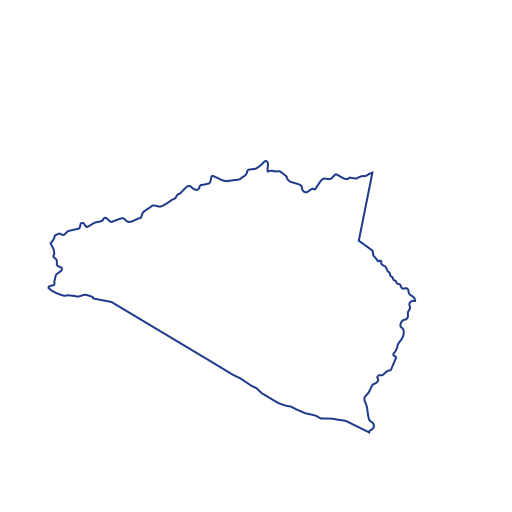 the district of San Marcos de Sierra, Intibucá, Honduras, rotated 209°
{"feature_id": "27666195B33277731304286", "entity_name": "San Marcos de Sierra", "entity_type": "district", "adm_level": 2, "iso_a3": "HND", "parent_name": "Honduras", "parent_adm1": "Intibucá", "projection": "mercator", "projection_center": [-88.248, 14.123], "detail": "fine", "context": "isolated", "style": "outline", "palette": "blue", "viewbox_px": 512, "rotation_deg": 209, "n_neighbors": 0, "source": "geoboundaries", "source_scale": "gbopen_adm2", "svg_char_len": 6049}
<svg xmlns="http://www.w3.org/2000/svg" viewBox="0 0 512 512"><g transform="rotate(209 256 256)"><path d="M421.9,127.4L421.3,127.4L420.1,127.0L418.4,126.7L413.0,126.7L408.6,127.3L405.2,128.0L404.2,128.4L403.2,129.0L402.3,129.9L400.0,131.1L396.0,132.8L392.1,134.1L390.5,135.5L388.1,138.2L387.3,138.9L386.2,139.4L384.4,140.0L381.7,140.6L379.2,140.9L378.6,140.8L377.6,140.0L360.2,145.7L238.8,141.7L218.6,140.9L210.2,141.4L197.5,140.3L191.5,140.6L184.6,138.8L165.5,138.2L158.6,139.2L152.4,141.2L146.9,141.4L136.8,142.3L129.5,144.5L126.3,145.3L120.6,145.3L111.5,150.2L97.6,155.3L71.5,156.6L71.8,157.5L71.8,158.3L71.4,159.3L70.7,160.1L70.3,161.2L70.1,162.3L70.1,163.2L70.2,163.8L70.4,164.4L70.8,165.0L71.6,165.8L72.6,166.5L73.7,166.8L75.3,166.9L76.2,167.1L77.4,167.6L78.4,168.3L80.5,170.7L83.7,175.0L85.8,177.7L88.0,179.8L90.7,181.9L91.3,182.5L92.0,183.6L92.4,184.8L92.4,186.2L91.6,189.3L91.3,191.8L91.4,194.4L91.7,198.2L91.6,199.5L91.4,200.3L91.0,201.1L89.7,202.7L89.3,203.5L88.9,204.5L88.8,205.6L88.8,206.4L89.3,207.2L89.7,207.7L90.7,208.3L91.1,208.7L91.3,209.4L91.2,210.0L90.9,210.8L90.4,211.4L89.8,211.8L88.4,212.5L87.5,213.4L87.0,214.6L86.2,217.2L85.7,218.4L84.7,219.8L83.2,221.1L82.9,221.6L82.8,222.2L84.2,234.9L84.6,235.4L85.2,235.7L85.8,235.8L86.7,235.6L87.4,235.7L88.0,236.2L88.3,236.9L88.3,238.2L87.8,240.0L87.8,241.2L88.0,243.1L88.7,246.0L89.0,247.9L88.9,250.0L88.4,252.9L88.3,254.6L88.4,256.7L88.8,258.6L89.2,259.7L89.8,260.9L91.2,262.8L91.7,263.3L92.4,263.6L93.1,263.8L94.4,264.0L95.3,264.4L95.8,264.9L96.2,265.6L96.5,266.3L96.7,267.2L96.8,269.2L96.5,270.5L95.8,271.7L94.5,272.9L94.0,273.5L93.6,274.5L93.6,275.6L93.7,276.5L94.0,277.3L95.3,279.2L95.8,280.4L96.0,281.6L95.8,284.0L96.0,285.1L96.6,286.2L97.8,287.2L98.3,287.8L98.7,288.7L98.8,289.7L98.5,291.0L98.2,291.6L97.7,292.2L96.4,293.2L95.1,293.8L96.5,295.5L97.2,296.0L97.9,296.3L99.3,296.6L100.9,296.6L102.0,296.7L103.0,296.9L103.8,297.3L104.9,298.2L105.7,299.5L106.2,300.0L106.8,300.4L107.5,300.7L108.3,300.8L109.2,300.6L109.8,300.2L110.5,299.4L111.0,299.0L111.8,298.7L112.5,298.6L113.1,298.8L113.8,299.1L114.4,299.5L115.2,300.3L116.0,300.8L117.2,300.8L118.6,300.4L119.3,300.4L120.0,300.6L121.0,301.5L121.7,301.9L122.3,301.9L123.4,301.7L124.1,301.8L124.7,302.1L125.5,303.0L126.1,303.4L126.8,303.6L128.2,303.7L128.9,304.0L129.5,304.5L130.2,305.4L130.9,305.9L131.6,306.2L133.1,306.5L134.2,307.0L134.9,307.5L136.2,308.6L137.3,309.3L138.5,309.6L140.9,309.4L142.3,309.9L143.0,310.4L143.7,311.7L144.3,312.2L144.8,312.3L145.3,312.1L145.7,311.8L145.9,311.1L146.1,310.9L146.4,310.7L146.8,310.6L147.7,310.9L149.5,311.9L152.9,313.0L153.5,313.3L156.7,317.2L173.5,319.2L194.6,385.3L196.9,382.6L197.9,380.6L198.5,379.6L199.4,378.8L201.2,377.8L202.4,376.9L204.7,374.2L205.4,372.8L205.7,372.4L206.2,372.2L212.1,369.9L212.5,369.4L212.7,368.6L212.9,368.2L213.1,367.8L213.6,367.5L215.0,366.8L216.5,366.4L225.0,366.4L225.5,366.3L225.9,366.0L226.4,365.1L227.2,361.9L227.7,360.3L228.1,359.6L229.0,358.9L230.4,358.1L231.3,357.8L232.6,357.5L233.3,357.1L234.4,356.3L235.0,355.5L235.4,354.6L235.9,352.3L236.6,343.2L236.8,342.9L237.2,342.6L238.0,342.4L239.0,342.4L239.3,342.1L240.4,340.6L241.4,338.2L242.2,336.9L242.8,336.2L243.6,335.7L244.3,335.5L245.0,335.5L245.7,335.6L246.6,336.0L247.6,336.5L248.2,337.0L248.7,337.6L249.2,338.4L249.7,338.9L250.3,339.2L251.2,339.4L252.1,339.5L253.1,339.5L260.9,337.8L262.0,337.6L262.5,337.6L264.8,338.1L266.2,338.7L267.0,339.2L267.7,340.4L268.1,340.4L274.5,341.5L275.8,341.6L276.3,341.6L276.9,341.3L280.5,339.1L282.2,338.7L283.9,338.0L284.5,337.6L285.7,336.5L286.4,335.8L286.7,335.6L287.0,335.8L287.8,337.1L288.3,338.1L289.3,340.7L289.9,341.8L290.5,342.7L291.1,343.3L291.9,343.8L292.7,344.0L293.4,343.9L294.0,343.4L294.4,342.6L294.8,341.4L295.3,339.1L295.8,337.8L297.0,335.0L298.4,332.4L298.9,331.9L304.2,328.0L304.5,327.7L304.7,327.0L304.7,326.0L304.6,325.2L304.2,323.7L304.4,321.8L304.8,320.6L306.4,317.7L307.1,315.7L307.5,315.1L309.3,313.6L314.8,309.6L317.0,307.9L317.8,307.3L319.1,306.8L321.0,306.2L322.7,305.8L324.6,305.7L327.6,305.6L332.3,305.2L333.0,304.9L333.3,304.4L333.4,303.8L333.1,302.6L332.4,300.5L332.1,299.1L332.0,297.9L332.2,297.0L332.5,296.4L334.1,295.0L337.2,292.3L338.3,291.6L338.7,291.2L338.9,290.5L339.1,289.7L339.0,289.2L338.7,288.2L338.6,287.4L338.9,286.3L339.3,285.6L339.8,285.1L340.7,284.7L341.5,284.6L343.2,284.4L344.8,284.6L347.0,285.2L347.5,285.2L348.7,284.7L349.7,283.8L350.2,282.8L350.7,281.3L352.7,273.9L353.0,273.3L353.9,272.6L354.2,272.0L354.4,271.2L354.6,269.7L354.5,267.9L354.8,267.0L356.6,264.6L359.5,258.7L361.5,255.4L363.0,253.4L363.6,252.8L364.6,252.3L365.6,251.9L367.6,251.5L369.2,250.9L370.6,250.3L371.1,249.7L372.7,246.3L374.8,242.4L375.4,241.1L375.8,239.9L375.9,239.0L375.9,237.9L375.3,234.6L375.3,233.7L376.8,232.0L379.1,229.1L380.3,227.2L380.9,226.4L382.8,224.8L383.8,224.1L384.5,223.9L385.6,223.8L386.5,223.8L387.1,224.0L388.2,224.4L389.1,224.6L390.5,224.6L391.0,224.4L391.9,223.7L393.1,222.5L398.3,216.4L398.9,215.8L399.5,215.5L400.0,215.4L400.6,215.5L405.0,216.6L405.9,216.6L406.4,216.5L406.9,215.7L407.4,214.8L407.5,214.0L407.3,213.0L407.6,212.3L408.3,211.4L409.6,210.1L412.2,208.0L413.1,207.0L414.6,204.8L416.5,201.4L417.6,199.7L418.1,199.4L418.7,199.3L420.5,200.0L422.3,200.9L422.8,201.1L423.6,200.9L424.3,200.4L424.8,199.9L425.0,199.4L423.9,195.3L424.0,194.6L424.4,193.9L431.5,187.6L432.4,186.6L432.9,185.7L433.3,184.1L433.9,182.1L434.3,181.4L434.8,181.0L435.4,180.8L436.6,180.5L438.1,180.5L439.0,180.1L439.6,179.6L441.2,177.2L441.7,176.8L441.1,172.4L441.4,169.4L441.9,167.9L441.7,167.4L436.4,163.9L434.6,161.7L433.5,160.0L433.3,159.6L433.4,159.0L433.3,158.2L432.9,157.3L432.2,156.9L429.4,156.3L428.6,156.0L427.8,155.1L427.0,153.7L426.2,152.1L425.8,151.7L425.1,151.3L424.2,151.1L420.5,151.5L419.8,151.0L419.3,150.2L419.1,149.4L419.3,148.4L421.4,143.8L421.7,142.9L421.7,142.3L421.4,140.7L420.5,137.9L420.2,136.2L420.0,135.7L419.3,135.0L419.0,134.3L418.7,133.5L418.6,132.7L418.7,132.4L419.1,132.0L420.7,130.9L421.8,129.7L422.1,129.1L422.3,128.6L422.2,128.0L421.9,127.4Z" fill="none" stroke="#1e3a8a" stroke-width="2"/></g></svg>